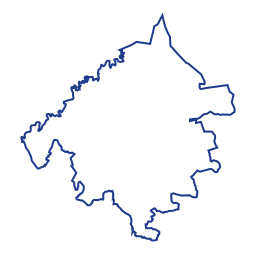 the district of General Canuto A. Neri, Guerrero, Mexico
{"feature_id": "50627088B85246056724718", "entity_name": "General Canuto A. Neri", "entity_type": "district", "adm_level": 2, "iso_a3": "MEX", "parent_name": "Mexico", "parent_adm1": "Guerrero", "projection": "robinson", "projection_center": [-100.124, 18.444], "detail": "fine", "context": "isolated", "style": "outline", "palette": "blue", "viewbox_px": 256, "rotation_deg": 0, "n_neighbors": 0, "source": "geoboundaries", "source_scale": "gbopen_adm2", "svg_char_len": 5740}
<svg xmlns="http://www.w3.org/2000/svg" viewBox="0 0 256 256"><path d="M22.1,141.9L22.7,142.0L22.9,141.4L23.4,141.2L24.3,142.6L26.2,148.1L28.4,151.0L31.1,157.0L31.8,160.7L37.5,168.4L38.9,168.5L42.5,166.7L43.4,166.7L44.2,165.9L44.6,165.1L45.1,165.8L48.6,160.6L47.6,159.9L46.4,159.7L46.3,158.8L46.8,157.5L48.5,156.7L48.4,155.6L48.9,155.7L49.5,155.2L49.8,154.3L50.4,154.1L50.9,153.3L49.2,152.5L49.1,152.1L50.3,149.3L52.2,146.6L52.3,144.9L53.6,141.1L54.4,139.8L56.9,140.2L57.6,140.7L58.5,143.3L60.4,146.0L60.8,145.9L61.6,147.0L61.6,149.4L61.9,149.9L63.2,150.7L63.8,150.7L64.1,151.3L65.6,151.9L66.5,152.0L67.2,151.5L67.5,152.1L68.2,151.9L68.6,152.7L70.8,153.1L72.0,152.6L74.5,154.1L70.7,158.1L72.8,165.0L71.4,165.7L76.3,172.9L72.0,180.8L74.2,182.3L74.3,185.4L75.7,189.8L77.1,189.8L77.6,189.4L77.5,188.2L78.3,186.8L78.2,183.7L78.7,182.3L80.0,181.7L83.4,185.6L83.8,186.8L83.9,188.2L83.2,190.8L82.2,192.8L81.1,193.7L80.3,193.7L79.5,195.1L78.4,195.3L78.1,196.7L76.5,197.3L76.3,198.6L77.0,199.4L78.1,199.8L78.9,199.7L80.4,200.5L81.9,200.3L84.2,201.8L87.7,205.3L89.3,205.3L90.7,204.6L91.1,203.6L91.9,203.3L92.3,202.6L92.3,201.6L92.9,200.7L94.1,199.9L97.7,200.1L101.1,199.1L102.9,199.7L103.3,199.1L103.3,193.7L103.6,193.6L104.3,192.6L105.2,191.8L107.7,191.5L108.9,190.7L109.9,190.9L110.7,191.5L111.7,191.0L112.6,191.1L112.8,192.9L113.4,194.4L112.9,196.1L113.4,196.9L112.8,199.6L113.7,199.6L113.9,200.6L113.6,204.2L114.4,203.9L117.0,204.2L117.7,204.7L117.4,205.6L120.7,208.7L121.5,209.9L124.9,212.7L129.3,215.1L130.3,216.4L131.5,219.8L131.3,222.9L130.6,223.7L132.5,227.3L132.2,228.6L132.8,228.5L132.4,232.8L133.4,231.4L133.9,231.4L135.6,232.8L135.2,233.3L135.4,234.8L135.2,235.2L135.9,235.6L136.3,236.2L141.0,236.3L141.7,236.6L141.6,237.1L142.2,237.6L143.4,237.8L144.1,237.1L144.6,237.7L146.8,238.6L148.8,238.8L150.3,239.3L150.7,239.0L151.2,240.1L153.7,240.6L156.9,239.7L156.9,238.0L157.8,236.5L157.8,235.3L158.3,235.3L158.6,234.5L159.3,234.2L159.1,233.3L159.4,232.4L159.3,231.9L155.5,229.4L153.3,229.4L151.5,227.9L150.0,228.3L146.0,228.1L145.6,224.4L147.0,224.5L148.2,221.5L151.2,221.7L152.7,219.8L152.3,219.1L152.6,218.8L152.2,218.5L151.4,216.5L153.9,215.6L154.7,214.8L153.5,213.0L151.3,211.5L150.9,210.4L154.2,208.4L155.1,208.5L156.8,210.9L159.5,211.1L162.5,212.6L163.6,212.8L164.1,212.1L167.3,211.7L168.9,211.0L173.4,210.7L176.4,209.5L178.4,209.4L178.4,206.5L179.0,204.5L177.1,203.1L175.9,202.8L174.8,203.1L172.8,202.7L171.7,201.2L171.3,199.7L171.7,198.7L171.2,197.0L171.3,194.1L173.5,193.3L176.3,194.3L181.5,195.6L186.1,195.3L187.8,195.7L189.0,195.1L193.5,197.3L196.6,197.2L197.4,192.1L197.2,190.9L196.2,189.9L196.0,189.3L195.6,186.1L194.8,185.3L194.7,184.2L193.8,181.0L193.7,179.5L192.2,178.5L191.2,176.8L193.4,175.1L197.3,170.5L199.4,171.5L200.5,171.5L210.0,169.0L211.1,169.0L212.3,169.5L215.1,172.1L216.8,172.1L217.6,171.4L217.9,169.8L219.2,168.6L220.2,166.7L219.3,163.5L218.6,162.6L216.7,161.2L214.1,160.4L213.1,160.4L211.6,161.5L210.6,161.1L210.4,157.6L209.5,154.9L209.8,153.7L209.0,152.5L209.0,151.7L208.4,150.5L217.2,147.6L215.5,144.7L214.5,142.1L214.4,140.8L215.2,137.9L214.9,135.3L211.8,131.6L207.4,131.6L205.8,131.4L204.3,131.7L200.9,121.9L196.0,122.9L196.1,119.6L190.0,121.1L190.0,119.4L195.1,118.8L197.2,118.9L200.0,117.6L203.6,114.3L206.9,113.8L210.4,111.6L214.4,114.2L216.1,114.4L217.6,114.0L220.3,114.9L222.9,114.5L230.2,114.8L234.4,112.0L234.7,110.6L234.5,108.5L231.8,102.4L233.5,94.7L229.7,91.8L227.5,85.1L205.0,88.2L201.2,89.1L200.0,88.5L199.6,87.3L199.7,83.8L204.3,84.2L204.5,83.8L204.3,83.2L204.7,82.3L204.7,81.8L201.2,74.4L188.3,63.6L185.9,62.6L178.2,54.4L170.4,45.7L169.9,36.6L167.4,32.1L165.0,26.1L162.3,15.4L157.7,24.3L154.4,26.2L150.1,43.9L136.5,41.9L131.3,45.0L119.5,50.0L120.5,50.6L122.0,50.3L122.0,51.7L121.1,52.4L121.2,53.0L122.0,53.4L123.9,53.0L123.8,53.6L122.3,55.2L123.4,56.4L123.3,57.0L121.4,56.6L120.6,55.3L120.1,55.7L119.7,56.8L120.1,57.9L122.4,58.9L123.2,60.3L123.4,61.3L120.4,61.9L119.6,61.7L117.9,61.1L117.6,59.5L117.1,59.0L114.5,59.3L114.3,59.7L114.4,60.2L115.5,62.3L115.5,64.9L115.3,65.3L112.4,64.2L111.9,64.6L110.7,67.7L110.2,67.4L109.4,65.1L109.6,61.5L109.4,60.9L107.6,60.8L106.9,61.1L105.8,62.7L105.5,64.1L104.9,65.1L104.1,65.9L103.1,66.1L101.9,64.8L101.3,65.0L100.4,68.4L98.5,69.8L98.4,71.2L97.9,72.4L98.1,73.4L98.8,73.8L98.1,74.8L98.8,77.2L98.7,79.0L98.1,80.6L97.7,80.3L97.4,78.7L97.0,78.6L95.2,79.1L93.7,80.3L93.3,80.4L92.9,79.9L92.8,77.3L92.4,76.9L89.6,77.2L87.1,76.4L85.8,76.5L84.9,77.0L84.6,77.9L84.6,78.5L85.3,79.7L87.1,77.8L88.1,77.9L88.3,78.3L88.3,78.9L87.0,81.9L86.6,81.9L85.7,80.2L84.6,81.3L84.6,82.5L83.9,82.9L83.4,82.6L83.2,81.0L82.8,80.9L82.2,81.4L81.6,83.2L81.0,83.1L79.4,81.8L78.9,82.2L78.8,83.3L79.2,84.7L80.4,85.4L80.6,85.9L79.9,86.9L78.7,86.6L78.2,87.0L78.4,87.6L79.7,89.0L79.7,89.5L78.6,89.3L77.7,90.3L77.2,90.5L75.9,90.2L75.6,89.4L76.2,87.7L75.8,86.2L75.0,85.5L74.5,85.4L74.1,85.8L73.8,88.0L72.9,88.1L72.1,87.1L71.4,87.4L71.3,88.2L72.0,90.7L73.2,93.2L73.0,94.7L73.5,98.3L72.7,99.2L67.0,100.6L63.8,101.9L63.9,103.4L65.6,104.1L65.8,104.4L65.4,106.2L62.3,111.4L61.4,112.4L60.8,111.9L60.3,110.7L59.9,110.6L59.0,111.0L58.5,111.6L58.4,112.3L60.7,115.9L60.1,116.4L58.7,116.4L58.0,115.9L57.7,115.4L56.8,115.2L55.1,116.2L53.6,115.4L52.6,114.3L52.0,114.1L51.0,114.4L51.3,116.0L50.7,116.4L50.1,115.9L49.5,114.3L48.3,113.9L47.2,114.2L46.8,114.6L46.7,115.3L48.3,118.9L47.6,119.7L46.5,120.1L44.4,124.1L42.2,126.0L41.6,128.8L39.3,130.8L38.4,130.7L38.5,129.4L39.6,127.8L39.2,125.6L40.0,123.3L39.2,122.3L37.4,122.1L36.1,122.8L35.3,125.1L32.6,125.3L31.4,125.7L30.7,126.8L30.8,130.5L30.3,131.4L29.7,131.8L27.2,132.0L25.7,133.0L24.8,134.1L24.6,135.6L24.9,137.6L24.5,138.4L23.7,138.4L22.7,137.1L22.0,136.9L21.6,137.1L21.3,137.8L22.3,141.3L22.1,141.9Z" fill="none" stroke="#1e3a8a" stroke-width="2"/></svg>